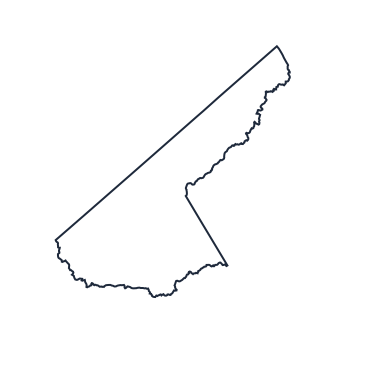 Rio Maria, Pará, Brazil, rotated 329°
{"feature_id": "56859067B51957769072993", "entity_name": "Rio Maria", "entity_type": "district", "adm_level": 2, "iso_a3": "BRA", "parent_name": "Brazil", "parent_adm1": "Pará", "projection": "albers", "projection_center": [-49.844, -7.37], "detail": "fine", "context": "isolated", "style": "outline", "palette": "slate", "viewbox_px": 384, "rotation_deg": 329, "n_neighbors": 0, "source": "geoboundaries", "source_scale": "gbopen_adm2", "svg_char_len": 6027}
<svg xmlns="http://www.w3.org/2000/svg" viewBox="0 0 384 384"><g transform="rotate(329 192 192)"><path d="M57.5,220.1L58.3,219.6L58.4,218.9L59.2,218.5L59.7,219.0L59.9,219.8L59.8,220.6L60.2,221.5L60.9,221.4L61.7,222.0L62.0,222.7L62.7,223.1L63.2,223.6L64.1,225.7L65.6,226.3L66.1,227.1L67.0,227.3L67.6,228.0L68.7,227.6L70.3,227.6L73.2,229.0L74.3,229.7L74.9,230.7L75.6,231.3L76.1,231.8L76.8,233.0L77.5,233.4L78.4,233.8L79.3,233.8L80.3,234.0L81.1,234.3L82.7,234.9L83.3,235.4L84.9,236.3L85.8,236.6L85.9,237.5L85.5,238.4L85.0,239.2L85.1,240.1L86.1,240.2L87.3,239.9L88.1,239.7L89.0,240.5L90.2,241.9L90.5,242.8L91.0,243.5L91.6,244.0L92.5,244.6L94.8,245.8L95.7,246.0L96.7,246.4L97.8,247.0L98.5,247.8L100.5,249.0L101.6,250.1L102.9,250.7L103.2,251.4L103.9,252.0L104.6,252.1L104.5,253.5L104.0,254.7L104.3,255.7L104.2,256.8L103.5,257.3L104.5,258.3L104.3,259.2L104.6,260.0L104.2,260.6L104.7,261.7L105.6,262.6L106.4,263.1L108.1,262.4L108.7,263.3L110.1,263.3L111.0,263.6L112.1,263.5L112.7,264.1L112.6,264.9L113.6,264.8L114.9,264.9L115.0,266.1L115.4,266.8L116.4,267.5L117.6,267.6L118.2,267.2L119.3,267.8L119.6,268.5L120.6,269.2L121.4,268.7L122.9,268.7L123.8,268.2L125.1,267.5L125.9,267.1L126.5,267.8L128.0,268.4L128.5,267.8L128.2,267.1L128.2,266.2L128.4,265.0L128.9,264.2L128.9,263.1L129.9,262.4L131.7,260.8L132.7,260.1L133.7,260.5L134.5,261.6L135.5,262.3L136.7,262.3L137.7,262.3L138.4,262.3L139.5,262.0L140.2,261.9L140.9,261.7L141.7,262.2L142.5,261.7L143.4,261.6L144.0,261.0L144.6,260.5L145.4,260.2L146.0,260.6L146.8,260.4L147.6,260.1L147.6,259.3L148.2,258.9L149.1,259.0L149.7,259.7L149.9,260.5L149.8,261.4L150.4,262.2L150.6,262.9L151.4,262.7L152.2,263.0L152.9,263.4L153.7,263.3L154.2,263.9L154.9,264.5L155.3,263.9L156.1,263.8L156.6,263.0L157.4,263.1L158.3,263.1L159.0,263.0L159.7,262.6L160.3,262.4L161.3,262.6L162.2,262.4L163.2,262.6L163.9,262.3L164.7,262.6L165.4,263.0L166.3,262.7L166.9,262.0L169.2,263.3L169.8,264.3L170.0,265.2L170.5,265.9L172.2,265.8L172.1,266.6L172.7,267.0L174.4,266.4L175.9,267.3L176.6,267.3L178.1,266.7L179.2,266.7L180.1,267.2L180.2,268.0L180.5,268.7L180.5,269.5L180.6,270.4L181.4,270.8L182.5,270.9L183.0,271.4L183.2,272.4L183.4,273.2L184.5,273.2L184.5,241.4L184.5,224.3L184.6,192.2L185.6,192.0L186.3,191.4L186.9,190.6L187.8,188.8L188.1,187.8L188.5,187.3L188.5,186.0L188.9,185.3L191.2,183.4L192.1,182.8L193.1,182.7L193.9,183.1L195.0,183.4L195.6,184.0L196.1,185.8L196.9,186.3L197.6,186.6L198.4,186.4L199.1,185.7L199.9,185.4L200.5,184.9L202.3,184.9L202.9,184.4L203.8,184.1L204.6,184.3L205.6,184.1L206.4,184.3L206.9,184.9L208.8,185.5L209.5,185.3L210.2,184.9L210.8,184.5L212.3,183.8L213.5,183.7L214.2,183.9L215.1,183.8L216.1,184.0L216.8,184.3L217.8,184.4L218.6,184.2L219.2,183.4L219.9,183.6L220.8,183.1L221.2,182.3L221.8,181.9L222.5,181.6L223.8,180.6L224.5,180.3L225.4,180.3L226.2,180.2L226.8,180.5L228.8,180.7L229.5,180.2L230.2,180.2L231.3,179.9L232.1,179.3L233.1,179.3L233.8,180.1L235.3,180.1L236.6,179.9L237.5,178.9L237.8,178.2L239.0,176.6L239.9,175.6L241.0,175.1L241.9,175.0L242.8,175.0L244.3,174.0L245.5,173.5L246.7,173.2L247.7,173.4L248.5,173.5L250.3,172.8L251.2,173.1L251.3,173.8L252.1,174.1L253.1,173.4L254.0,173.3L254.2,174.0L254.9,174.3L255.6,174.5L256.1,175.3L256.8,175.6L257.6,175.7L258.3,175.5L259.3,175.6L259.4,176.5L260.3,177.1L261.5,176.7L262.4,176.6L263.1,175.7L264.6,175.5L265.5,175.7L265.7,176.4L266.7,176.2L267.5,175.7L268.1,174.7L268.0,173.8L268.5,172.0L268.5,171.2L268.3,170.4L268.5,169.5L269.3,169.4L269.7,170.0L270.3,170.5L271.0,170.7L271.9,170.7L272.6,170.4L273.9,169.2L274.7,168.9L275.3,168.4L276.0,168.1L276.5,168.8L277.5,168.8L278.1,168.1L279.0,167.8L280.5,165.8L281.1,164.3L281.8,164.1L282.1,165.1L282.1,165.8L282.3,166.6L282.9,167.1L283.7,168.5L284.5,168.5L285.5,167.4L285.6,166.4L286.0,165.8L286.8,165.4L287.1,164.7L287.0,163.9L287.5,163.3L288.2,162.8L288.9,162.1L290.1,161.0L289.7,160.3L289.6,159.6L289.1,158.9L288.3,158.7L287.7,158.1L290.0,156.6L290.6,155.8L291.3,156.0L292.4,157.3L293.2,157.6L294.8,157.6L295.2,156.7L294.9,156.0L294.6,155.2L294.7,154.3L295.2,153.8L295.9,153.6L296.8,153.2L297.6,153.1L299.6,153.2L300.3,153.0L301.1,152.4L302.9,151.9L303.4,151.3L303.3,150.4L303.3,149.5L302.9,148.8L303.3,148.2L304.1,148.2L305.1,147.0L306.1,145.7L306.8,144.1L307.5,144.0L308.1,144.7L308.4,145.4L309.2,145.4L310.9,146.3L311.5,146.2L312.2,146.9L312.4,147.6L313.3,147.6L314.2,147.4L314.1,146.5L314.7,146.0L315.4,145.8L316.3,147.1L316.9,147.4L317.2,146.7L317.9,146.3L318.3,145.5L319.1,145.6L319.8,145.9L320.3,145.2L321.1,144.6L321.9,144.4L322.7,144.7L323.2,145.4L323.8,146.0L325.3,146.6L325.4,147.3L325.9,148.0L328.4,147.1L328.8,146.2L329.2,145.6L330.5,146.3L331.3,146.5L332.7,145.9L333.1,145.2L333.9,144.9L334.6,144.4L335.1,143.8L335.3,142.9L335.4,142.1L335.3,140.3L335.9,139.7L336.6,139.5L337.3,139.9L337.7,139.1L337.5,138.1L337.8,137.5L337.4,136.9L337.4,135.7L337.9,135.0L338.3,134.2L338.8,133.4L339.7,132.8L339.8,130.9L339.7,130.2L339.8,126.6L339.9,124.1L340.2,121.7L340.3,119.2L340.3,114.4L340.2,113.3L339.8,110.8L264.7,124.3L243.3,128.4L235.8,129.7L183.6,139.2L147.1,145.8L145.4,146.1L95.1,155.1L93.5,155.4L50.4,163.0L50.2,164.0L50.3,164.9L50.6,165.6L50.9,166.2L50.7,167.0L50.1,167.7L49.7,168.5L49.5,169.1L49.0,169.9L48.7,170.5L49.2,171.3L49.9,171.7L49.3,172.4L48.4,173.1L47.9,173.6L47.4,174.5L47.4,175.2L46.9,175.9L45.9,176.0L45.1,176.2L44.3,177.6L44.0,178.3L43.7,179.3L43.8,180.1L44.3,180.9L44.8,182.2L45.2,183.2L44.9,184.0L44.5,184.7L45.1,185.3L46.0,185.2L46.7,185.5L47.5,185.6L48.3,185.6L48.3,186.3L48.6,187.6L48.8,188.6L48.9,189.3L49.2,190.0L49.2,191.0L48.8,191.9L48.3,192.5L47.8,193.2L47.3,193.8L47.4,194.6L47.3,196.2L48.1,196.7L48.6,198.4L49.0,199.0L48.8,200.0L48.1,200.6L47.3,200.9L46.5,201.1L47.5,203.0L47.2,204.0L46.9,205.4L46.9,206.9L47.5,207.5L48.1,208.1L49.3,208.3L50.3,208.3L51.3,208.4L52.0,209.0L53.2,209.9L52.8,210.5L51.9,211.0L52.4,211.6L53.2,211.6L53.8,212.0L54.8,212.2L54.2,213.9L54.0,214.6L54.1,215.4L54.0,216.8L53.5,217.9L53.0,218.5L52.6,219.1L53.1,219.7L54.2,219.7L55.0,220.0L56.0,219.9L56.7,219.7L57.5,220.1Z" fill="none" stroke="#1e293b" stroke-width="2"/></g></svg>